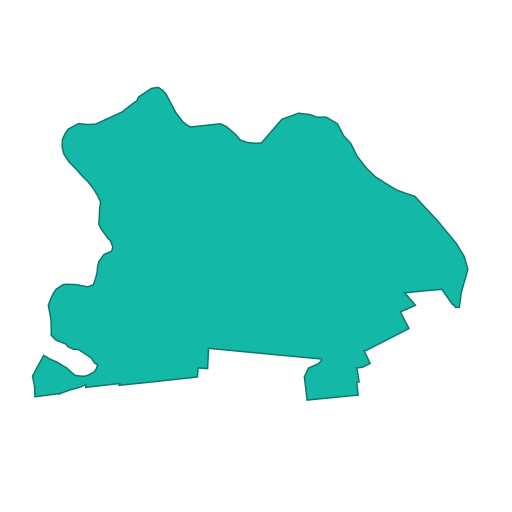 the district of Roman, Neamt, Romania, rotated 185°
{"feature_id": "2599482B34614164873345", "entity_name": "Roman", "entity_type": "district", "adm_level": 2, "iso_a3": "ROU", "parent_name": "Romania", "parent_adm1": "Neamt", "projection": "orthographic", "projection_center": [26.954, 46.936], "detail": "fine", "context": "isolated", "style": "filled", "palette": "teal", "viewbox_px": 512, "rotation_deg": 185, "n_neighbors": 0, "source": "geoboundaries", "source_scale": "gbopen_adm2", "svg_char_len": 2164}
<svg xmlns="http://www.w3.org/2000/svg" viewBox="0 0 512 512"><g transform="rotate(185 256 256)"><path d="M453.3,162.4L453.3,159.4L450.5,156.8L447.8,154.7L437.3,151.6L435.9,149.5L429.8,147.1L424.8,147.4L419.8,144.8L415.1,142.2L411.3,140.0L407.2,135.2L404.2,133.7L405.3,129.7L406.7,126.7L411.3,123.6L415.6,121.4L420.9,121.0L426.2,121.5L435.0,128.0L445.4,133.1L452.8,135.6L458.9,138.5L468.2,116.9L465.3,107.1L463.9,96.5L440.9,101.6L440.7,101.1L429.9,106.3L420.2,109.8L414.3,113.1L414.2,110.3L380.6,117.1L381.2,115.2L350.6,121.1L303.8,130.4L303.9,139.4L294.4,139.6L295.2,159.9L270.4,159.7L246.0,159.5L181.7,159.1L181.6,157.8L184.4,154.2L193.8,149.0L197.3,139.8L192.5,116.9L177.8,119.7L156.0,123.8L142.1,126.3L144.6,138.7L143.1,139.4L142.3,139.7L145.8,153.3L140.7,154.3L140.3,154.4L133.1,158.8L132.9,159.0L140.0,170.9L137.5,171.8L97.3,197.1L107.3,212.9L92.8,220.8L104.8,232.4L104.2,232.4L89.1,235.2L87.3,235.6L67.8,239.0L65.6,236.1L63.6,233.8L62.2,232.2L59.4,228.7L56.1,225.0L54.9,224.2L54.2,224.4L53.6,223.3L53.1,222.4L52.7,222.1L51.5,222.4L49.0,222.5L48.3,237.5L43.8,261.1L48.5,273.6L57.7,286.1L78.1,306.8L103.1,329.4L112.9,331.6L121.9,334.1L134.6,340.4L144.0,345.3L153.3,352.8L163.8,364.0L171.2,376.1L179.3,383.6L186.4,394.8L198.2,400.5L207.2,399.6L214.6,401.6L225.9,402.0L242.1,394.5L260.4,369.2L266.1,368.2L274.2,368.3L281.8,370.1L286.7,375.1L296.9,382.4L303.1,384.6L332.4,378.8L335.6,380.1L340.5,383.3L348.2,391.6L359.7,409.4L363.4,413.0L368.2,415.5L374.9,413.8L386.8,404.2L387.2,403.2L387.9,401.2L388.3,400.2L390.7,398.3L402.0,387.8L427.1,373.5L434.7,372.3L444.5,372.4L450.6,368.4L454.2,365.9L456.9,361.1L459.0,355.3L458.6,347.9L456.5,341.1L450.3,333.2L442.6,326.8L436.7,321.0L430.0,315.5L424.0,309.0L419.2,302.6L415.5,296.2L415.9,290.4L415.8,287.7L415.6,284.3L415.6,283.1L415.6,282.0L415.5,281.2L415.5,280.4L415.4,277.7L415.3,273.9L412.7,269.4L404.8,260.5L402.3,258.5L399.4,252.4L400.2,248.2L407.6,244.3L412.1,236.5L412.9,230.9L412.9,225.1L414.2,218.3L415.6,213.2L420.9,210.6L432.7,211.8L443.4,211.3L446.1,210.4L452.1,205.6L454.3,201.9L456.8,195.3L458.6,188.8L454.8,175.2L453.3,163.0L453.3,162.4Z" fill="#14b8a6" stroke="#0f766e" stroke-width="1.5"/></g></svg>